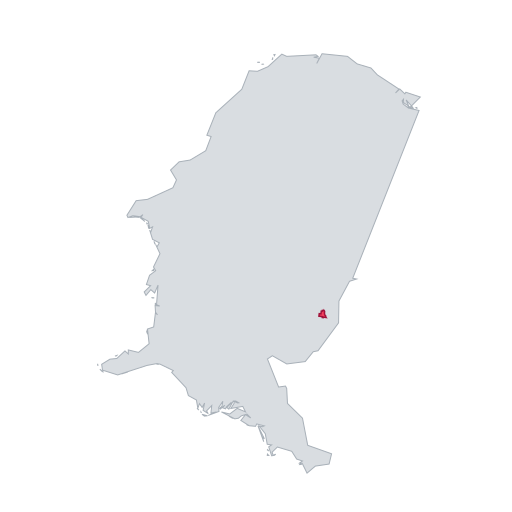 location of Ontonagon, Michigan, United States of America, rotated 97°
{"feature_id": "52423323B11182696973268", "entity_name": "Ontonagon", "entity_type": "district", "adm_level": 2, "iso_a3": "USA", "parent_name": "United States of America", "parent_adm1": "Michigan", "projection": "orthographic", "projection_center": [-89.321, 46.682], "detail": "fine", "context": "in_parent", "style": "filled", "palette": "rose", "viewbox_px": 512, "rotation_deg": 97, "n_neighbors": 0, "source": "geoboundaries", "source_scale": "gbopen_adm2", "svg_char_len": 4249}
<svg xmlns="http://www.w3.org/2000/svg" viewBox="0 0 512 512"><g transform="rotate(97 256 256)"><path d="M411.3,190.1L437.6,181.6L443.1,156.9L453.6,158.1L457.3,171.5L465.3,178.9L456.1,184.9L456.2,187.6L453.8,184.9L452.6,190.9L445.5,196.7L443.0,211.5L448.7,216.1L451.7,214.7L450.3,212.3L451.5,213.3L452.4,216.1L443.9,220.1L441.6,217.5L441.5,221.9L431.3,225.1L424.3,232.2L424.7,228.9L423.6,227.1L422.6,234.8L425.1,235.7L425.3,242.0L421.1,251.0L414.7,247.1L417.4,241.5L414.0,245.7L416.4,251.0L419.2,253.7L420.2,257.2L415.0,271.3L416.0,262.8L409.5,256.1L412.0,247.4L406.9,250.8L410.4,262.4L404.7,259.7L402.9,260.3L404.1,256.3L403.8,255.2L402.4,258.4L402.7,260.9L411.3,264.3L409.8,266.7L405.6,263.1L404.2,262.6L409.3,266.9L411.4,267.6L410.7,270.8L407.9,268.8L412.3,272.8L411.5,273.5L409.3,271.5L404.2,271.2L410.9,274.6L414.8,273.8L420.1,284.1L415.6,276.3L417.4,281.6L409.8,281.7L415.8,286.2L418.3,284.2L415.6,289.7L408.2,289.1L412.9,291.0L409.4,294.1L414.1,295.2L406.2,297.6L402.8,306.1L395.3,309.4L381.8,325.5L379.8,324.1L375.1,337.9L374.8,341.1L377.9,350.9L390.9,378.8L388.0,394.4L382.3,396.0L376.2,388.4L374.7,381.7L366.2,374.5L368.8,370.8L364.8,371.3L366.0,360.9L356.1,351.4L341.7,354.8L338.9,348.9L324.7,348.9L326.4,346.6L324.0,348.9L317.5,350.1L317.4,345.5L316.4,348.8L296.8,349.7L305.1,352.1L302.2,356.3L308.5,360.4L305.3,362.6L298.3,357.0L297.7,361.3L288.1,359.3L282.8,353.8L279.4,356.4L265.4,351.6L256.9,356.9L259.1,355.4L254.7,353.6L252.1,360.7L243.2,364.7L245.3,363.4L239.7,362.2L241.5,364.8L234.7,367.2L231.6,374.9L228.7,373.3L231.1,375.8L231.0,383.1L233.4,387.8L231.3,389.1L215.7,381.7L213.0,370.6L198.4,346.8L190.2,344.2L181.1,351.3L171.9,343.8L168.8,333.1L157.6,318.7L142.9,315.1L142.1,319.5L118.7,313.3L92.2,290.4L73.0,285.4L72.5,277.1L66.6,267.1L52.5,255.0L54.1,249.8L49.0,221.0L50.3,218.7L51.7,223.0L51.9,217.2L57.5,219.2L47.2,215.1L46.7,189.5L53.0,179.0L55.4,164.8L61.4,157.7L72.9,134.5L77.2,137.4L72.7,133.7L76.9,128.0L75.2,127.2L78.2,112.3L88.1,120.0L82.8,126.0L88.6,122.7L85.7,128.5L82.4,128.7L84.2,129.9L87.3,128.4L90.6,122.7L91.7,111.9L266.3,157.3L266.6,153.4L269.7,160.1L290.6,168.2L312.3,165.9L342.5,182.9L344.0,187.5L354.8,194.3L359.4,212.3L353.0,227.6L356.8,232.1L383.3,217.6L381.5,210.9L383.7,209.4L398.5,206.8L411.3,190.1ZM435.0,227.5L439.4,225.7L424.2,233.4L436.4,225.4L435.0,227.5ZM90.0,118.1L89.8,122.6L89.4,123.1L88.7,119.3L90.0,118.1ZM233.2,386.5L231.6,379.9L231.9,376.2L232.0,380.1L233.2,386.5ZM457.3,185.2L457.7,187.3L457.0,187.0L457.3,185.2ZM282.9,355.7L283.2,357.2L281.7,356.0L282.9,355.7ZM56.8,263.5L58.8,263.5L58.9,263.8L56.8,263.5ZM55.0,262.1L54.0,262.8L53.7,261.7L55.0,262.1ZM448.0,219.5L447.1,221.1L446.7,220.9L448.0,219.5ZM233.4,373.0L232.0,375.8L235.3,370.5L233.4,373.0ZM387.0,369.6L389.5,375.1L386.6,369.1L387.0,369.6ZM64.7,272.1L65.1,273.9L64.6,272.2L64.7,272.1ZM389.0,395.2L387.3,397.2L390.0,393.1L389.0,395.2ZM421.2,287.7L419.7,290.3L420.5,284.6L421.2,287.7ZM89.8,114.3L89.4,115.4L89.0,114.5L89.8,114.3ZM241.5,366.0L238.3,367.0L241.6,365.6L241.5,366.0ZM452.4,219.0L452.6,220.5L451.2,220.5L452.4,219.0ZM63.5,276.3L63.6,278.4L63.2,276.4L63.5,276.3ZM237.5,368.1L236.2,368.7L237.3,367.6L237.5,368.1ZM419.8,259.8L418.3,263.3L419.9,258.6L419.8,259.8ZM255.9,358.1L253.8,359.1L256.8,357.3L255.9,358.1ZM375.5,339.4L375.3,341.8L375.0,340.2L375.5,339.4ZM414.8,295.4L414.2,296.0L415.9,293.9L414.8,295.4ZM346.9,354.0L344.5,355.3L343.5,355.1L346.9,354.0ZM316.6,349.7L316.2,350.2L314.8,350.1L316.6,349.7ZM372.1,382.2L372.5,383.8L371.6,381.9L372.1,382.2ZM310.3,353.2L310.0,354.7L309.9,351.9L310.3,353.2ZM383.7,399.8L382.3,400.1L384.2,399.4L383.7,399.8ZM425.1,243.2L424.5,244.9L425.2,242.5L425.1,243.2ZM418.4,291.0L417.6,291.7L417.4,291.7L418.4,291.0Z" fill="#d9dde1" stroke="#a8b0b8" stroke-width="1"/><path d="M308.1,185.3L308.1,182.7L309.0,182.7L309.0,181.8L308.5,181.8L308.5,179.0L308.4,179.1L308.3,179.3L308.2,179.3L307.9,179.4L307.6,179.5L307.4,179.5L307.2,179.4L307.0,179.5L306.9,179.7L306.6,180.1L306.4,180.3L305.4,180.8L305.1,181.0L304.7,181.0L304.4,181.0L304.0,181.1L303.7,181.2L303.4,181.1L303.0,181.1L302.5,181.2L302.2,181.4L302.1,181.5L301.8,181.8L302.0,181.8L301.9,183.5L302.8,183.6L302.8,184.5L305.5,184.5L305.5,186.2L308.1,186.2L308.1,185.3Z" fill="#f43f5e" stroke="#9f1239" stroke-width="1.5"/></g></svg>